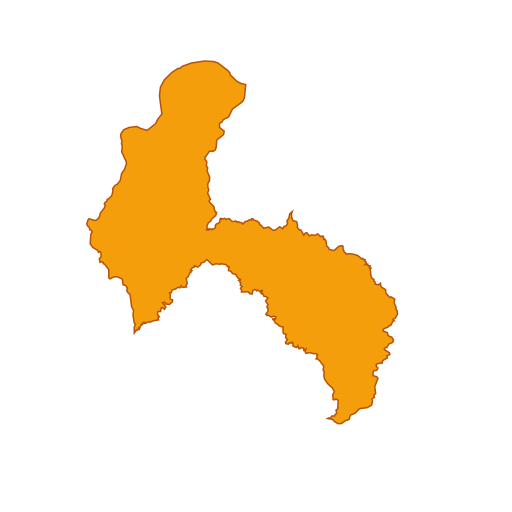 Rusizi, Western, Rwanda, rotated 36°
{"feature_id": "39286606B89224673348511", "entity_name": "Rusizi", "entity_type": "district", "adm_level": 2, "iso_a3": "RWA", "parent_name": "Rwanda", "parent_adm1": "Western", "projection": "orthographic", "projection_center": [29.077, -2.558], "detail": "fine", "context": "isolated", "style": "filled", "palette": "amber", "viewbox_px": 512, "rotation_deg": 36, "n_neighbors": 0, "source": "geoboundaries", "source_scale": "gbopen_adm2", "svg_char_len": 6141}
<svg xmlns="http://www.w3.org/2000/svg" viewBox="0 0 512 512"><g transform="rotate(36 256 256)"><path d="M421.1,268.5L420.1,266.7L420.3,265.2L422.2,261.3L420.6,259.9L422.2,257.0L420.8,255.8L415.2,256.3L414.3,255.5L414.3,254.5L415.7,252.9L415.2,249.1L417.4,245.6L416.7,243.2L413.4,241.8L411.8,242.6L409.3,242.5L407.3,240.7L403.5,241.9L402.3,241.5L402.3,239.7L404.8,235.4L404.5,234.2L405.8,233.0L405.1,227.9L405.9,227.2L404.0,226.8L405.2,224.4L404.7,219.9L402.4,217.3L401.0,217.1L399.4,215.1L396.3,213.4L394.7,211.8L393.7,209.4L389.4,209.6L388.4,210.9L383.0,209.7L380.5,207.0L376.4,207.4L374.3,206.7L372.7,204.9L371.9,207.3L369.0,208.7L367.3,206.9L366.1,207.1L365.0,205.5L363.5,206.0L361.3,205.0L356.0,199.4L356.2,198.2L354.6,198.8L354.3,196.8L352.2,198.0L351.3,196.9L349.3,198.8L349.5,196.9L347.9,195.9L347.2,196.2L346.3,194.8L345.1,195.6L343.7,195.2L343.2,196.2L338.1,195.8L334.4,197.1L330.7,198.8L327.7,201.6L326.5,200.8L325.1,201.0L321.4,198.4L320.9,197.1L319.5,197.0L317.4,199.2L315.9,205.8L311.2,207.7L310.1,206.7L307.3,206.4L304.1,202.9L301.7,201.8L300.9,202.9L298.9,200.4L297.9,201.1L297.6,200.5L297.6,201.9L296.9,202.4L293.0,201.8L291.4,204.8L288.6,206.2L287.2,208.4L283.4,207.2L282.3,208.7L282.4,211.0L277.0,208.6L275.3,209.4L272.6,208.5L271.5,206.7L268.7,204.3L265.1,205.6L262.5,204.1L260.0,201.3L259.2,198.8L258.5,202.0L260.4,206.3L260.4,209.4L262.5,211.4L262.6,214.1L261.3,215.5L261.6,218.2L258.0,218.4L256.3,224.0L254.2,225.2L249.2,225.1L245.9,229.1L242.0,228.1L240.6,228.5L239.4,227.3L236.5,227.1L233.4,228.1L231.6,227.7L230.4,228.6L231.2,229.6L229.2,230.8L228.6,232.8L227.0,234.3L226.5,237.9L224.8,237.4L223.2,238.5L221.8,238.4L220.7,239.9L219.2,239.4L217.4,241.5L215.7,242.1L212.3,241.4L210.3,244.0L208.4,244.0L207.2,245.8L205.9,246.0L206.0,246.8L205.1,246.8L206.8,250.4L205.1,253.6L205.1,255.1L206.4,256.9L206.0,259.1L204.8,259.6L204.6,260.8L202.5,261.1L202.6,262.5L201.5,262.3L201.7,263.4L200.6,263.9L200.5,262.5L198.7,260.8L198.0,257.0L198.9,254.6L198.4,252.5L199.5,247.5L199.3,245.4L198.2,244.9L198.6,244.1L195.9,243.6L192.8,240.7L186.3,239.7L185.6,238.6L185.9,236.9L179.9,233.6L178.9,230.1L177.0,229.0L174.8,226.3L174.1,224.4L174.4,222.9L172.1,219.4L166.4,215.9L165.1,213.0L163.0,212.4L160.7,208.6L157.6,207.6L156.9,206.1L156.8,198.4L159.7,196.6L160.7,194.3L159.9,191.5L156.1,185.2L158.4,176.9L156.9,173.7L150.9,173.4L148.6,170.2L149.7,167.6L149.4,164.9L152.1,159.6L150.6,150.9L154.3,139.2L154.2,137.3L153.5,134.5L146.9,123.3L142.5,125.2L137.6,125.9L128.9,124.6L127.0,123.1L123.9,122.5L111.6,122.2L107.4,123.6L99.9,128.4L90.3,137.8L84.8,145.9L84.2,149.0L82.8,149.8L80.1,156.7L78.3,167.5L79.5,175.8L83.7,183.1L96.4,196.5L96.1,203.5L97.0,207.9L94.1,218.3L87.8,220.6L83.7,221.2L77.9,226.4L74.8,231.5L74.8,236.1L76.0,238.7L80.3,242.1L81.0,244.1L83.1,245.6L86.2,250.8L95.2,255.7L97.0,257.5L98.7,263.2L98.7,268.0L101.8,274.8L101.5,279.6L100.4,282.0L100.4,285.8L102.2,287.7L103.8,292.0L103.3,296.1L102.3,297.5L103.1,298.8L102.4,301.9L102.6,303.0L103.9,303.3L105.0,305.5L104.9,313.0L106.1,315.6L106.3,318.6L105.8,320.7L104.7,322.0L99.1,323.9L98.9,325.6L100.2,329.4L101.8,330.6L104.6,330.9L105.9,332.5L107.3,331.9L109.3,332.7L109.6,335.5L114.7,343.6L118.8,345.0L124.6,344.5L126.4,345.7L127.0,344.2L128.9,344.8L131.1,347.6L130.8,350.3L133.5,352.8L134.4,351.4L136.0,351.1L137.1,352.0L138.3,351.6L144.7,353.4L149.9,360.3L151.4,360.3L153.2,356.5L155.6,354.5L159.8,353.5L161.7,353.5L165.5,357.5L167.6,356.5L170.7,357.4L171.7,359.9L174.7,361.2L176.7,361.1L185.0,370.0L189.0,372.1L191.0,375.9L196.9,381.8L198.7,382.2L199.2,385.0L202.8,389.8L202.8,386.2L203.9,385.6L203.3,383.0L204.6,383.5L203.4,378.9L204.2,378.9L204.4,377.7L203.6,377.2L204.4,376.4L204.1,375.8L204.8,375.2L205.3,376.1L206.1,375.7L207.5,372.5L209.1,371.9L211.0,368.7L214.8,364.9L213.4,364.0L212.9,362.9L213.6,362.0L210.5,361.0L209.5,359.3L209.5,358.4L211.4,357.1L209.9,353.8L210.7,352.7L213.2,352.9L213.1,350.2L207.9,348.8L208.9,347.3L210.4,347.3L210.9,348.0L214.4,346.2L215.3,342.1L214.3,340.5L212.8,341.1L211.2,340.6L209.5,337.9L208.0,336.7L207.2,337.2L209.0,335.8L208.2,332.7L210.4,329.8L211.3,327.1L213.1,326.6L213.0,324.1L213.9,324.8L215.6,324.1L218.0,321.8L216.6,321.0L216.6,318.8L212.6,314.9L213.3,313.0L212.3,308.0L213.0,307.7L212.3,306.6L212.8,305.6L211.4,305.9L211.4,302.9L212.7,301.1L212.0,300.0L215.4,299.2L216.4,295.8L215.7,293.7L217.4,292.0L218.4,287.7L226.1,288.8L228.2,285.8L231.9,283.7L232.4,282.7L237.0,280.5L239.2,281.4L240.4,280.4L242.2,284.0L244.5,283.1L247.2,284.0L251.2,282.7L252.2,283.9L253.5,283.7L254.9,284.6L256.9,284.1L256.5,285.8L257.6,285.3L258.2,286.6L259.5,286.8L260.3,288.7L262.7,289.0L262.4,291.3L264.3,292.0L265.4,293.7L270.8,289.5L273.1,290.3L274.1,289.2L275.2,289.2L273.7,285.2L275.3,283.5L277.1,283.8L277.6,282.5L280.3,282.6L280.9,280.2L281.7,280.5L281.9,283.2L283.1,283.2L283.6,282.5L286.1,283.9L287.9,282.9L290.4,283.0L290.1,286.7L294.4,288.4L294.6,290.8L296.6,291.5L298.2,293.6L298.2,297.3L299.9,297.7L300.6,296.7L304.5,296.4L305.3,294.6L307.7,293.5L308.8,295.5L306.6,296.7L306.9,297.6L308.6,297.4L311.2,298.9L314.2,298.4L315.0,299.0L317.8,298.5L319.4,297.4L322.8,301.9L324.0,302.6L326.3,301.7L328.1,304.7L330.5,305.2L330.6,308.6L331.6,309.3L334.0,308.4L333.9,306.7L335.5,306.0L335.9,304.5L337.8,305.5L338.7,307.0L340.7,306.8L342.6,306.1L342.7,303.9L345.1,305.8L346.1,305.0L346.0,303.8L348.7,302.7L350.2,304.2L351.0,302.0L351.9,304.6L353.7,305.4L356.4,302.5L360.0,301.2L362.0,299.6L363.8,299.6L363.7,300.8L365.2,302.2L365.0,303.9L366.5,303.1L369.2,303.4L375.6,305.3L377.3,308.9L379.0,309.3L381.4,313.1L384.0,315.4L389.6,317.3L395.3,317.8L399.2,319.8L399.6,323.1L402.8,326.8L404.1,326.3L404.7,324.7L407.3,324.5L412.0,331.6L411.3,333.6L413.7,335.9L413.2,338.1L413.7,339.2L411.4,340.9L411.5,343.6L409.9,344.3L409.4,345.4L413.9,343.2L416.8,343.8L421.0,343.4L423.7,341.2L425.3,336.4L427.4,333.6L425.9,329.3L428.6,324.8L429.5,318.6L435.2,313.2L437.2,308.6L435.6,305.0L433.9,303.5L434.8,300.6L433.1,299.0L433.7,297.0L428.9,291.9L426.5,283.2L424.7,282.7L421.0,284.0L419.0,281.2L418.9,279.3L420.8,277.7L420.8,275.6L420.3,274.8L418.1,274.6L417.0,272.7L419.3,269.6L421.1,268.5Z" fill="#f59e0b" stroke="#b45309" stroke-width="1.5"/></g></svg>